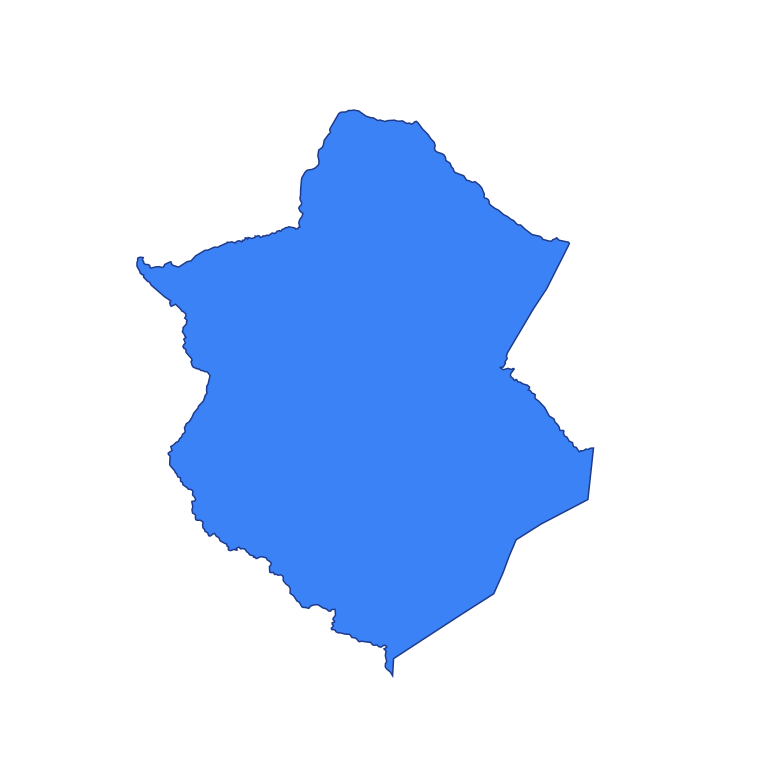 outline of Samburu East, Rift Valley, Kenya, rotated 60°
{"feature_id": "3690345B82723098757823", "entity_name": "Samburu East", "entity_type": "district", "adm_level": 2, "iso_a3": "KEN", "parent_name": "Kenya", "parent_adm1": "Rift Valley", "projection": "orthographic", "projection_center": [37.446, 1.109], "detail": "fine", "context": "isolated", "style": "filled", "palette": "blue", "viewbox_px": 768, "rotation_deg": 60, "n_neighbors": 0, "source": "geoboundaries", "source_scale": "gbopen_adm2", "svg_char_len": 6158}
<svg xmlns="http://www.w3.org/2000/svg" viewBox="0 0 768 768"><g transform="rotate(60 384 384)"><path d="M640.9,522.4L626.6,513.0L622.3,433.9L620.5,393.8L607.0,375.3L595.3,361.2L585.0,347.5L583.8,318.0L586.0,265.2L544.2,234.6L542.8,237.4L542.8,240.0L541.3,241.6L541.5,244.6L540.1,247.2L540.5,248.6L539.8,248.9L535.0,249.2L533.5,250.8L532.5,251.1L529.0,250.1L526.0,252.2L521.6,252.1L519.4,253.6L516.3,253.2L515.0,251.9L514.0,251.8L512.2,254.9L508.7,253.8L505.7,254.0L502.7,254.9L499.2,254.3L494.4,256.9L484.6,256.6L475.9,258.7L472.3,260.3L471.1,260.0L469.0,258.4L467.3,259.0L466.2,260.2L462.7,260.7L461.3,262.0L460.1,259.9L459.3,259.5L456.6,260.5L453.4,263.6L450.5,265.1L449.2,266.9L446.5,267.0L446.1,267.4L446.1,269.4L443.7,269.5L441.0,270.5L439.8,270.2L438.4,269.1L436.1,263.8L435.2,264.2L435.0,266.6L432.5,268.7L431.3,273.5L428.0,275.2L427.8,274.7L428.9,272.5L428.4,271.2L426.7,268.4L425.3,268.2L423.7,264.8L422.9,264.3L421.2,264.2L418.7,261.5L393.6,217.0L382.7,195.3L356.3,155.0L354.9,153.2L354.2,153.2L353.4,153.4L347.0,160.5L343.7,161.3L343.9,163.3L343.4,165.5L344.1,167.5L342.7,169.6L338.3,174.0L335.7,174.3L333.9,175.3L328.7,181.0L320.8,184.3L314.7,186.1L313.3,188.2L312.3,188.9L307.2,190.1L304.5,191.9L300.6,193.4L297.3,195.7L291.0,197.8L287.2,200.2L282.9,202.1L280.4,202.7L278.6,201.7L276.7,201.5L274.7,202.3L273.3,203.8L271.8,203.8L269.8,202.2L263.0,201.3L259.2,202.0L254.3,204.0L253.6,206.6L250.6,208.6L248.8,210.6L243.6,210.8L236.4,216.7L234.5,217.0L232.2,216.4L229.6,217.0L225.8,216.4L221.3,218.7L218.4,217.4L215.5,217.5L213.3,218.8L210.0,221.8L207.7,223.0L205.6,222.6L202.9,220.4L199.9,219.7L194.5,220.9L190.1,221.1L182.5,223.1L174.7,224.0L172.7,224.7L172.3,226.2L172.9,229.0L172.6,230.4L170.8,231.4L169.6,234.2L165.5,236.3L163.3,240.7L160.7,243.1L157.7,249.2L157.2,251.8L153.2,255.7L153.2,256.8L152.5,257.8L148.3,260.1L146.5,262.6L143.0,265.7L134.9,269.4L131.6,273.3L130.7,275.8L129.4,277.8L129.4,280.8L127.1,285.4L127.2,288.0L135.9,303.1L136.9,304.0L139.2,304.5L139.7,305.1L140.0,306.9L143.0,313.9L146.7,317.0L148.1,318.8L148.8,323.6L153.2,327.1L158.2,328.7L160.9,330.5L161.6,331.5L162.5,335.6L162.2,339.1L160.4,343.5L161.0,346.2L164.1,351.7L165.5,353.1L173.8,358.9L179.1,362.1L181.2,364.0L183.6,364.7L185.1,364.4L186.9,365.5L187.6,366.1L187.8,367.8L189.0,369.9L192.7,370.2L195.7,369.0L198.0,371.3L199.0,373.9L200.9,376.4L202.2,377.4L206.0,378.4L205.6,379.6L206.2,381.1L205.7,383.0L204.2,383.3L200.2,387.9L200.3,389.0L199.4,391.1L199.7,392.9L199.2,394.9L200.1,397.2L198.7,398.1L198.3,400.3L199.2,403.0L197.3,405.4L197.7,409.3L197.4,410.2L196.7,410.6L196.0,414.1L195.2,414.7L195.7,415.5L195.3,417.7L193.1,418.1L192.6,418.8L192.8,419.8L191.5,421.7L192.4,421.9L192.6,422.5L191.9,425.7L189.2,428.4L190.3,429.6L188.6,430.2L188.1,431.1L188.8,431.4L189.3,432.6L189.5,433.8L188.8,434.7L189.8,435.8L189.5,436.4L187.9,437.3L187.1,439.0L186.9,440.3L187.5,442.3L184.9,444.6L183.8,447.6L182.8,448.8L183.3,449.6L182.4,457.7L182.7,459.4L180.6,462.5L180.0,469.8L178.7,472.0L178.8,482.9L180.9,489.5L179.6,493.4L180.1,503.4L175.5,507.6L174.1,507.9L171.8,507.4L171.3,508.2L170.8,514.2L172.1,515.7L172.3,517.0L171.9,518.3L170.1,519.8L168.4,523.2L167.3,527.3L166.6,528.3L164.0,527.7L162.7,528.5L161.2,530.7L159.7,531.6L157.7,531.0L155.7,531.2L154.1,529.3L152.2,531.9L151.8,533.9L152.5,534.9L153.6,535.2L155.3,537.2L158.6,539.1L163.9,539.1L166.4,539.7L167.3,538.9L168.2,539.0L169.3,537.6L171.3,538.8L176.7,537.5L178.6,536.1L182.0,536.2L199.0,530.3L205.5,527.1L206.5,529.0L209.6,529.7L210.4,529.2L210.7,524.6L217.4,522.7L219.6,522.7L220.9,521.7L223.8,520.7L226.0,521.2L227.2,523.6L230.3,522.7L231.6,524.1L233.2,525.0L234.7,529.8L236.6,530.9L237.9,532.5L241.3,532.2L243.1,532.5L244.6,532.1L245.0,535.0L248.1,535.3L249.4,535.9L249.8,537.5L251.0,539.4L253.2,539.4L253.9,538.7L255.1,538.5L257.6,539.6L265.8,538.0L267.6,538.4L267.9,539.7L268.5,540.0L271.8,540.9L273.9,540.8L276.8,538.8L278.8,536.6L280.8,535.8L281.8,534.1L283.3,533.4L284.9,531.3L286.1,530.8L289.8,530.5L296.0,536.3L297.3,538.6L300.7,540.8L303.6,542.0L304.4,544.4L308.4,548.8L310.5,555.9L311.8,557.0L314.1,563.3L316.8,566.9L319.3,571.6L319.5,575.0L321.2,577.0L321.8,578.5L325.5,579.9L326.4,580.6L326.8,583.6L328.7,585.8L329.2,588.4L330.9,590.7L330.6,593.3L331.5,596.6L331.6,600.0L335.6,600.8L335.9,605.4L337.2,605.9L339.5,605.3L346.4,609.8L347.9,610.0L354.3,608.7L356.2,609.0L358.0,608.5L361.4,608.9L363.4,607.1L366.5,608.8L368.5,607.7L370.8,608.5L375.3,606.4L377.3,606.0L379.3,603.5L381.3,603.1L384.2,605.2L385.3,605.2L386.2,604.6L390.0,604.9L390.7,606.5L389.6,608.8L389.8,609.3L394.8,611.0L396.9,613.2L400.1,614.3L402.0,613.1L403.4,612.8L405.6,614.3L407.3,614.8L408.4,614.2L410.2,611.2L412.9,609.7L415.4,611.6L418.1,612.7L420.5,612.1L421.7,612.7L425.0,611.1L427.7,611.7L428.8,610.5L428.4,606.8L428.8,605.4L431.8,605.4L434.6,603.8L437.4,604.3L438.5,604.0L442.7,601.4L443.9,600.2L446.0,601.0L447.7,600.1L449.2,601.5L450.4,601.5L451.7,600.0L452.1,596.7L454.0,595.1L454.3,594.2L452.6,594.2L452.6,591.9L453.1,590.9L455.0,590.8L455.8,588.8L457.6,586.9L460.5,586.8L462.4,585.9L464.7,585.8L468.0,582.7L468.8,583.5L469.6,582.3L471.0,582.1L471.7,581.0L471.6,578.3L472.5,576.2L475.5,573.0L478.0,573.0L480.8,571.6L482.9,571.2L484.2,572.6L484.8,574.5L489.7,577.0L490.8,576.3L491.9,574.0L494.2,574.0L495.0,572.4L496.5,571.5L497.8,568.6L499.9,567.7L500.7,567.7L503.9,569.6L508.6,568.8L511.4,567.4L514.4,567.5L518.2,570.0L522.5,568.1L528.3,567.9L530.1,566.8L531.4,566.5L535.7,566.6L537.0,565.8L538.7,563.2L540.4,561.7L540.6,560.7L539.6,559.1L539.7,558.1L540.2,555.3L542.1,551.5L547.1,549.1L550.1,546.3L553.0,545.4L554.0,543.8L553.1,542.2L554.7,539.0L560.1,541.7L561.4,545.0L562.5,546.0L565.0,545.5L565.5,546.2L564.9,548.3L566.4,549.0L568.0,548.6L568.8,549.9L569.1,551.8L570.6,552.0L572.3,549.5L574.7,549.4L576.6,548.1L577.6,546.3L581.1,542.8L583.6,538.9L587.5,538.5L589.5,535.9L591.5,535.0L594.0,534.8L595.0,534.0L595.4,532.2L600.2,526.1L600.7,524.9L604.2,524.3L605.4,523.0L606.6,520.4L608.6,520.0L610.4,518.2L610.2,514.5L612.3,513.0L613.5,513.4L613.4,516.5L616.1,515.7L620.0,518.7L625.9,520.5L626.7,522.4L629.5,524.3L632.1,524.2L636.6,522.5L640.9,522.4Z" fill="#3b82f6" stroke="#1e3a8a" stroke-width="1.5"/></g></svg>